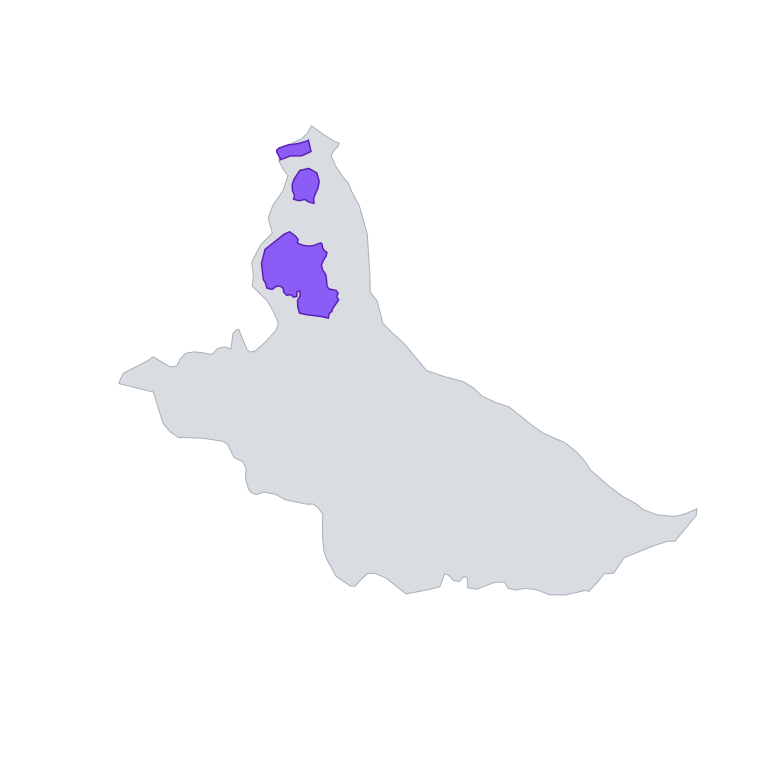 Moldova, with Comrat highlighted, rotated 159°
{"feature_id": "MDA-1626", "entity_name": "Comrat", "entity_type": "Autonomous Territory", "adm_level": 1, "iso_a3": "MDA", "parent_name": "Moldova", "parent_adm1": "", "projection": "robinson", "projection_center": [28.549, 46.002], "detail": "fine", "context": "in_parent", "style": "filled", "palette": "violet", "viewbox_px": 768, "rotation_deg": 159, "n_neighbors": 0, "source": "natural_earth", "source_scale": "10m", "svg_char_len": 3115}
<svg xmlns="http://www.w3.org/2000/svg" viewBox="0 0 768 768"><g transform="rotate(159 384 384)"><path d="M136.6,155.4L139.6,149.4L168.7,133.0L176.2,135.7L191.3,136.3L222.1,135.8L237.4,125.0L246.7,128.0L254.4,123.1L267.1,117.0L269.0,118.3L270.6,119.3L290.3,122.0L305.0,127.9L314.9,136.9L325.0,142.5L335.6,144.6L341.4,149.1L342.5,155.9L352.4,159.3L370.9,159.2L378.8,163.7L375.9,172.8L377.8,175.8L384.4,172.7L389.4,175.4L392.1,182.1L395.0,185.3L404.5,174.8L414.5,175.8L438.6,180.2L451.6,202.0L459.6,209.9L466.7,213.1L475.6,209.7L483.5,205.6L488.0,207.5L497.8,222.0L500.2,241.0L500.1,248.6L496.7,261.5L491.8,275.2L487.9,284.1L489.6,291.3L493.1,297.3L498.9,299.3L517.7,311.4L524.7,319.8L534.9,326.1L542.7,326.4L546.7,329.9L548.2,334.1L547.2,344.9L542.9,355.1L543.5,361.6L550.4,369.3L551.1,378.2L551.6,384.0L555.3,388.5L572.6,398.3L595.0,407.8L600.8,416.0L604.3,426.4L603.3,443.8L602.0,459.0L631.4,479.4L628.1,483.2L623.6,487.4L595.6,490.5L589.9,492.2L577.7,476.8L571.2,474.9L565.3,480.5L558.3,483.7L549.8,482.1L540.7,477.4L536.1,474.0L532.4,473.6L526.7,477.0L519.2,475.5L514.2,471.7L507.2,484.8L502.8,487.6L500.1,487.1L499.5,465.0L497.4,461.6L491.7,461.1L478.1,466.4L465.1,473.2L460.7,479.2L461.2,490.2L463.1,503.2L472.0,522.9L467.2,531.5L463.8,545.2L449.8,557.8L434.1,565.1L432.7,580.2L424.0,590.4L409.0,600.7L398.9,613.0L401.4,621.5L402.1,629.5L400.3,634.9L399.9,639.1L396.0,641.0L373.0,642.5L366.5,645.1L359.1,651.0L351.9,639.8L344.8,630.0L339.5,624.8L341.7,622.4L347.5,619.6L351.6,616.3L351.1,604.7L348.1,591.3L345.4,584.8L345.1,574.7L343.2,558.9L346.0,529.6L357.5,492.7L363.9,474.5L360.8,464.4L363.2,441.0L358.3,429.5L350.6,414.3L339.6,381.5L325.9,370.0L308.9,357.5L301.7,348.0L296.9,337.5L286.8,327.1L275.3,317.6L261.5,293.8L254.4,283.0L252.2,280.1L236.5,264.8L228.3,251.0L224.2,239.7L221.8,229.2L210.9,208.5L201.0,192.9L191.5,181.8L187.1,173.9L176.0,164.0L160.2,156.2L149.9,154.8L136.6,155.4Z" fill="#d9dde1" stroke="#a8b0b8" stroke-width="1"/><path d="M412.3,465.4L418.6,469.6L431.5,476.5L437.5,480.4L436.8,487.1L434.7,493.2L430.7,496.2L429.2,501.2L432.2,501.3L433.9,497.0L437.2,497.4L439.2,500.9L443.2,501.8L444.7,505.9L444.2,508.0L444.0,510.1L446.2,512.7L449.2,513.8L454.6,512.4L459.0,515.5L458.4,520.4L459.2,524.7L455.2,540.5L446.8,552.3L423.3,559.7L417.5,559.9L413.9,554.2L412.9,551.9L412.5,549.4L414.4,546.5L410.2,542.7L405.0,539.7L399.7,538.4L394.2,538.5L392.6,538.4L391.7,537.0L392.5,533.5L392.0,530.2L390.1,527.3L392.1,524.3L396.2,521.2L399.9,517.3L400.4,512.3L399.2,507.0L400.4,501.6L402.0,496.5L401.6,492.7L395.2,488.5L394.3,485.3L396.9,482.5L396.2,478.8L405.7,472.2L406.6,470.3L408.6,470.1L410.8,468.3L412.3,465.4ZM386.0,613.6L376.9,612.2L371.1,605.2L371.9,596.3L375.3,590.8L383.0,582.9L384.7,577.8L388.7,580.6L391.9,584.7L397.6,585.5L402.2,588.9L399.9,592.3L400.2,597.4L398.3,603.1L394.4,607.6L386.0,613.6ZM400.6,630.6L399.8,631.9L399.8,632.3L400.1,632.6L401.0,638.6L400.4,640.7L397.4,641.9L388.2,641.6L377.5,639.1L367.4,638.4L367.3,638.5L367.3,638.4L367.5,636.6L368.8,627.2L379.0,626.5L389.5,630.4L400.3,630.5L400.5,630.6L400.6,630.6Z" fill="#8b5cf6" stroke="#5b21b6" stroke-width="1.5"/></g></svg>